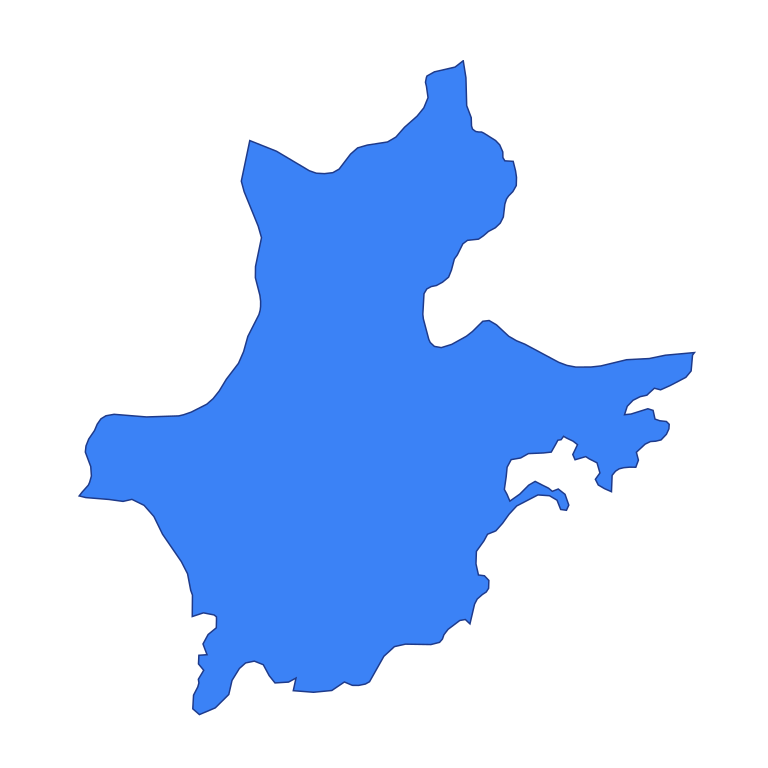 the Prefecture of Fukuoka, rotated 176°
{"feature_id": "JPN-1829", "entity_name": "Fukuoka", "entity_type": "Prefecture", "adm_level": 1, "iso_a3": "JPN", "parent_name": "Japan", "parent_adm1": "", "projection": "albers", "projection_center": [130.552, 33.473], "detail": "fine", "context": "isolated", "style": "filled", "palette": "blue", "viewbox_px": 768, "rotation_deg": 176, "n_neighbors": 0, "source": "natural_earth", "source_scale": "10m", "svg_char_len": 3457}
<svg xmlns="http://www.w3.org/2000/svg" viewBox="0 0 768 768"><g transform="rotate(176 384 384)"><path d="M72.1,393.7L74.2,391.3L76.7,375.6L82.4,369.6L98.9,362.4L108.5,358.9L114.6,360.9L120.4,356.3L122.5,354.5L129.3,353.5L136.7,350.4L142.9,344.8L146.2,336.6L139.7,336.8L122.5,340.9L117.4,338.9L116.1,330.1L111.4,328.1L104.9,326.9L102.3,323.9L102.9,319.4L105.8,314.1L111.5,308.9L117.0,308.0L122.2,308.0L127.7,305.8L137.0,298.3L135.5,290.3L138.6,283.4L144.6,283.9L150.6,283.8L155.3,283.0L159.1,280.9L162.8,277.0L164.6,260.7L171.3,264.2L177.3,268.3L179.8,274.2L174.8,280.2L177.0,290.5L184.5,295.0L187.8,297.5L198.7,295.1L200.6,300.5L195.2,310.0L199.4,313.8L205.9,317.5L208.5,319.3L211.2,316.1L214.5,315.8L216.6,312.4L221.9,304.4L229.9,304.1L244.8,304.5L252.8,300.7L262.4,299.7L267.0,292.4L268.6,282.9L271.3,270.4L269.0,265.4L266.6,258.4L256.2,264.7L246.7,273.0L240.0,276.3L233.1,272.1L227.1,268.6L223.6,265.2L217.5,267.1L211.1,261.3L208.1,250.3L210.8,245.3L216.5,246.5L219.5,256.0L226.7,261.0L238.2,262.6L260.1,253.1L268.4,245.3L275.5,236.7L282.7,229.7L291.2,226.9L295.2,220.6L303.5,210.6L304.8,198.2L303.1,186.9L297.2,185.7L293.1,180.7L293.9,172.9L296.5,169.4L300.6,167.1L306.0,163.0L309.0,158.1L315.0,138.7L319.3,143.4L324.9,142.8L337.2,134.8L341.7,129.7L343.5,125.5L346.6,122.4L355.4,120.8L380.7,123.0L391.9,121.3L403.1,112.4L419.2,88.0L423.5,86.0L430.3,85.1L436.6,85.6L444.3,89.5L457.4,81.9L475.8,81.4L495.9,84.4L492.3,96.8L500.0,93.3L513.6,93.4L518.9,101.1L524.0,112.4L532.7,116.6L541.5,115.4L548.1,110.3L556.3,98.9L560.5,85.1L574.9,72.7L591.2,67.1L597.4,73.3L595.7,86.9L590.9,94.8L589.5,98.7L589.8,102.4L583.8,111.0L588.6,117.7L587.6,126.3L579.4,126.3L581.3,132.5L582.7,137.3L579.4,142.5L576.9,146.4L568.3,152.5L567.5,161.0L567.4,163.5L569.7,165.5L580.1,168.3L591.5,165.4L589.8,186.8L591.2,191.6L593.2,208.4L598.6,221.0L615.4,249.6L622.8,267.9L631.8,279.7L643.5,286.5L652.5,285.1L666.4,288.0L689.4,291.5L695.9,293.6L692.8,297.1L686.0,303.7L684.5,306.5L682.3,312.6L682.3,322.1L686.7,336.9L685.6,343.0L682.4,349.7L676.0,357.8L672.9,363.9L668.8,369.0L663.6,371.7L655.4,372.6L623.2,367.7L591.0,366.5L586.1,367.3L578.3,369.4L562.2,376.2L555.5,381.3L548.9,388.5L541.0,399.7L527.7,414.8L521.8,426.1L516.5,441.0L503.9,462.0L502.4,466.2L501.7,469.9L501.3,475.2L501.6,481.0L504.9,499.0L504.0,510.1L496.0,538.5L498.5,550.3L510.1,585.6L512.2,596.3L500.9,636.2L475.0,623.7L443.7,602.0L436.8,599.0L428.7,598.0L420.3,598.4L413.8,601.5L401.3,615.7L393.8,621.4L384.0,623.5L363.6,625.2L354.9,629.5L345.6,638.7L332.3,648.9L325.0,656.7L320.1,666.6L320.9,678.0L321.6,682.1L320.3,686.9L319.6,688.3L311.9,691.9L291.0,695.2L282.5,700.9L282.4,700.9L280.9,683.8L282.1,655.9L278.4,643.6L278.7,635.3L277.9,632.1L274.9,629.5L272.0,628.8L269.2,628.6L266.9,627.3L255.7,619.1L251.9,614.5L249.3,607.2L249.6,601.6L247.9,598.2L239.6,597.1L237.9,587.5L237.4,580.9L238.2,572.7L242.0,567.0L246.6,562.9L248.9,560.0L250.9,555.0L253.3,542.3L256.8,536.4L262.0,532.1L269.2,528.9L274.5,524.9L279.6,521.9L290.7,521.5L295.6,518.3L301.9,507.6L305.1,503.8L308.8,492.9L312.1,486.1L318.5,481.5L324.8,478.6L330.1,477.9L334.7,475.8L337.8,471.3L340.4,450.9L340.2,446.2L336.2,425.4L335.0,422.2L331.1,418.0L324.3,416.3L313.7,418.8L298.5,425.9L292.1,430.2L281.1,439.7L274.7,440.0L267.6,435.1L256.2,422.9L248.8,417.9L240.7,413.9L208.1,393.4L200.2,389.8L191.5,387.5L176.4,386.5L166.4,386.9L140.3,391.3L117.6,390.9L101.3,393.1L72.2,393.7L72.1,393.7Z" fill="#3b82f6" stroke="#1e3a8a" stroke-width="1.5"/></g></svg>